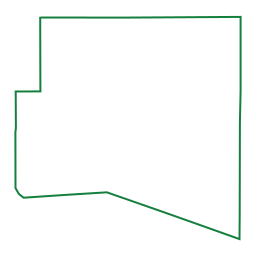 Pueblo, Colorado, United States of America
{"feature_id": "52423323B13171777995107", "entity_name": "Pueblo", "entity_type": "district", "adm_level": 2, "iso_a3": "USA", "parent_name": "United States of America", "parent_adm1": "Colorado", "projection": "natural_earth1", "projection_center": [-104.683, 38.129], "detail": "fine", "context": "isolated", "style": "outline", "palette": "green", "viewbox_px": 256, "rotation_deg": 0, "n_neighbors": 0, "source": "geoboundaries", "source_scale": "gbopen_adm2", "svg_char_len": 369}
<svg xmlns="http://www.w3.org/2000/svg" viewBox="0 0 256 256"><path d="M15.7,91.5L15.9,128.2L15.4,132.1L15.5,188.1L18.9,194.0L23.6,197.7L65.5,194.9L102.4,192.6L106.8,192.3L173.7,215.7L239.5,239.1L239.7,214.1L239.9,122.9L240.6,90.4L240.6,16.9L124.7,17.6L110.4,17.6L42.1,17.5L40.2,17.7L40.3,59.3L40.4,91.4L15.7,91.5Z" fill="none" stroke="#15803d" stroke-width="2"/></svg>